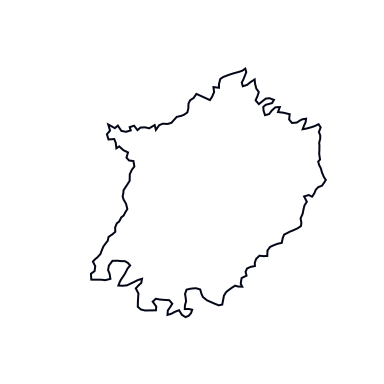 Tenente Portela, Rio Grande do Sul, Brazil, rotated 307°
{"feature_id": "56859067B44510514495911", "entity_name": "Tenente Portela", "entity_type": "district", "adm_level": 2, "iso_a3": "BRA", "parent_name": "Brazil", "parent_adm1": "Rio Grande do Sul", "projection": "mercator", "projection_center": [-53.772, -27.358], "detail": "fine", "context": "isolated", "style": "outline", "palette": "ink", "viewbox_px": 384, "rotation_deg": 307, "n_neighbors": 0, "source": "geoboundaries", "source_scale": "gbopen_adm2", "svg_char_len": 3257}
<svg xmlns="http://www.w3.org/2000/svg" viewBox="0 0 384 384"><g transform="rotate(307 192 192)"><path d="M195.5,84.5L191.7,89.6L186.9,89.3L183.7,93.7L187.5,98.0L185.4,101.5L181.4,105.3L184.6,106.4L184.1,112.1L185.1,117.1L180.0,119.0L179.3,122.8L181.5,126.6L177.7,130.6L173.5,130.6L168.8,131.6L166.0,133.6L163.4,135.5L152.1,136.3L149.7,137.9L146.7,139.3L144.8,141.9L142.9,146.4L139.5,150.6L135.3,151.0L132.1,151.6L129.2,150.8L124.6,151.6L121.7,150.8L117.3,152.0L114.1,154.7L110.4,153.9L105.9,152.4L102.4,154.0L98.9,154.0L95.3,154.0L91.4,155.0L87.3,156.2L83.0,155.8L80.2,155.1L76.8,154.7L74.5,159.4L70.2,161.8L65.9,160.5L61.4,164.3L64.7,168.7L67.4,172.4L69.4,175.8L73.5,179.1L77.0,175.5L79.2,171.9L83.3,169.9L89.1,169.9L92.1,173.6L94.1,176.9L96.4,180.1L96.8,183.5L96.1,186.8L92.0,186.6L87.2,187.5L83.9,187.8L79.2,188.0L76.4,188.5L73.0,189.5L75.5,193.2L78.4,196.3L81.3,197.8L85.1,199.8L89.0,201.7L92.6,204.3L88.8,206.2L85.2,205.5L81.2,205.1L78.7,210.3L76.2,211.9L72.0,214.7L67.7,217.8L67.4,221.8L69.0,225.6L71.9,229.4L75.8,234.4L79.0,232.4L80.8,226.6L85.0,227.4L86.8,231.1L89.6,235.5L91.9,238.9L90.9,243.5L87.2,243.8L82.8,244.0L79.1,246.4L82.7,249.0L85.6,250.2L89.8,252.8L87.8,257.8L88.2,262.2L91.3,263.9L94.7,264.1L98.1,263.0L96.8,260.1L94.2,256.7L97.0,254.7L101.2,253.0L103.7,250.6L106.4,247.8L110.7,246.4L113.4,248.6L115.5,250.7L117.6,253.2L119.1,257.2L116.4,260.8L114.7,263.9L114.5,269.1L116.3,276.8L117.6,281.6L120.3,283.9L124.6,281.8L128.4,279.9L132.7,279.5L135.8,280.3L139.4,281.4L143.1,282.8L144.3,285.8L146.6,289.1L148.0,286.2L150.6,284.7L153.2,283.4L158.0,285.9L160.5,282.8L164.0,282.0L167.5,283.9L170.7,286.8L173.5,284.6L177.3,283.5L181.7,284.2L183.8,287.7L186.2,290.6L190.7,287.5L195.1,287.4L198.3,289.1L202.3,291.6L205.4,294.3L209.8,292.2L213.4,291.2L216.4,292.7L219.4,294.1L222.3,295.9L226.8,298.3L230.4,299.5L233.2,297.9L236.3,294.6L241.1,293.5L245.9,291.2L249.0,289.9L253.3,289.6L255.9,284.2L259.8,287.0L260.5,290.7L264.5,290.5L268.3,289.5L271.9,289.9L275.2,292.0L279.0,291.9L282.2,291.6L283.3,288.4L285.7,284.2L288.4,280.7L290.1,277.2L292.2,274.5L295.0,274.7L298.9,270.7L302.4,268.3L305.7,265.9L307.9,263.9L311.6,262.4L314.4,260.3L316.3,257.2L321.0,255.9L322.3,252.3L318.3,250.2L315.5,248.3L311.5,245.2L308.7,242.6L312.4,241.5L316.2,240.7L319.2,239.0L316.4,236.3L313.8,235.1L310.5,233.9L307.3,230.3L308.4,225.9L312.9,223.2L310.3,217.2L307.6,212.6L312.7,211.0L309.8,207.6L305.0,206.7L300.7,206.7L297.3,204.1L300.1,200.1L302.9,197.7L306.0,198.4L308.8,200.6L311.2,202.4L314.9,202.0L313.5,197.4L311.0,194.7L306.4,193.5L302.4,192.5L303.5,187.6L307.9,186.6L312.0,185.2L313.3,181.1L316.6,177.0L319.6,174.3L314.9,172.6L310.6,171.5L307.0,168.9L309.4,165.9L312.3,165.4L317.3,164.1L320.4,163.2L322.6,160.3L319.2,159.2L316.6,157.5L313.9,155.4L311.4,153.5L308.4,151.4L305.0,149.2L302.4,147.6L299.3,146.6L294.4,148.6L291.5,150.8L288.7,146.0L285.1,149.5L280.3,150.7L276.2,151.0L273.0,136.5L268.0,136.7L264.1,135.3L260.5,136.0L256.5,138.8L252.7,140.4L248.8,139.1L246.1,137.4L242.8,134.6L234.8,133.9L231.7,131.6L228.9,127.5L225.6,125.6L219.9,125.8L223.0,121.9L217.1,119.5L215.4,115.6L212.5,112.1L208.6,111.2L210.1,105.9L206.3,103.2L204.3,106.0L200.3,103.0L198.3,98.8L200.4,92.8L196.6,92.0L195.5,84.5Z" fill="none" stroke="#020617" stroke-width="2"/></g></svg>